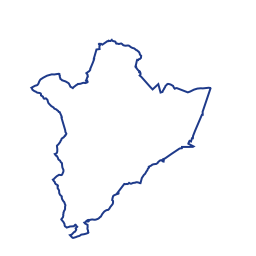 outline of Piatra-Neamt, Neamt, Romania, rotated 343°
{"feature_id": "2599482B9055838557903", "entity_name": "Piatra-Neamt", "entity_type": "district", "adm_level": 2, "iso_a3": "ROU", "parent_name": "Romania", "parent_adm1": "Neamt", "projection": "robinson", "projection_center": [26.355, 46.921], "detail": "fine", "context": "isolated", "style": "outline", "palette": "blue", "viewbox_px": 256, "rotation_deg": 343, "n_neighbors": 0, "source": "geoboundaries", "source_scale": "gbopen_adm2", "svg_char_len": 5642}
<svg xmlns="http://www.w3.org/2000/svg" viewBox="0 0 256 256"><g transform="rotate(343 128 128)"><path d="M91.5,195.7L92.1,194.4L92.3,193.5L92.3,193.1L91.8,192.3L92.0,192.0L92.3,191.2L92.6,190.9L93.0,190.0L93.6,189.3L93.7,189.0L94.0,188.7L95.0,188.3L97.5,188.0L99.6,188.0L99.9,187.6L99.3,187.1L98.9,187.0L108.1,180.4L109.3,181.0L110.3,181.1L110.8,181.4L111.9,181.4L113.0,180.8L114.0,181.9L114.8,182.2L116.7,182.0L119.0,182.4L119.3,182.3L120.6,182.4L122.2,183.3L123.1,184.1L123.5,184.3L123.8,184.4L126.6,179.9L129.5,177.5L131.0,176.8L132.8,175.0L134.0,174.2L135.2,172.7L136.3,172.1L136.5,172.0L136.6,171.1L137.1,171.1L138.0,170.9L138.9,170.8L139.8,170.5L140.3,170.2L141.0,170.2L141.4,170.1L144.7,170.6L146.3,170.0L146.6,169.6L147.5,169.1L149.3,168.4L150.6,168.5L151.4,170.0L152.2,170.5L152.7,169.5L152.3,169.3L152.5,169.2L152.7,168.6L152.5,168.4L152.5,168.1L154.6,167.9L162.0,165.5L171.3,162.7L173.0,162.9L173.5,163.1L173.8,162.9L174.1,161.9L184.1,164.9L184.5,165.0L185.3,164.8L181.1,160.7L181.2,160.4L182.1,159.4L183.0,158.8L182.8,158.6L183.1,158.3L184.3,159.3L186.2,156.5L187.0,156.8L187.9,154.6L191.3,150.3L202.5,137.0L203.3,137.2L204.1,134.3L218.5,114.2L218.4,113.8L216.9,113.1L211.1,112.0L209.3,111.3L205.9,110.6L202.3,110.6L198.1,111.3L195.6,111.4L186.3,104.1L185.6,103.9L184.2,104.1L183.9,103.5L183.7,102.8L183.4,100.9L181.5,98.9L180.0,97.9L179.1,97.5L178.2,97.6L177.4,98.2L176.3,98.6L175.7,99.3L175.1,100.1L174.1,100.7L174.0,101.1L172.8,102.1L171.9,103.0L171.7,103.4L171.5,103.6L169.5,103.6L169.8,94.9L162.8,98.3L161.4,95.5L155.7,83.0L154.5,81.2L155.4,80.6L155.7,80.3L156.0,79.1L155.8,78.3L155.9,77.6L155.8,77.4L155.0,78.1L154.9,78.0L155.2,77.2L155.1,76.7L154.4,75.3L153.6,73.2L153.7,71.8L153.1,71.9L153.0,71.6L153.1,71.4L154.6,69.0L156.1,66.3L156.7,65.5L157.6,66.0L157.9,65.6L158.4,65.4L159.4,65.5L160.9,64.7L161.7,62.8L161.2,62.0L160.9,61.2L160.9,60.3L161.0,59.9L160.8,58.8L160.5,58.4L160.5,58.1L159.8,57.2L159.4,56.4L158.7,56.0L158.4,55.4L158.1,55.1L157.9,54.7L157.1,53.6L155.6,52.7L154.9,52.0L154.2,51.3L153.5,50.2L152.8,49.4L151.8,49.0L149.7,48.6L148.9,48.2L147.9,47.6L147.3,46.9L147.1,46.2L146.2,45.2L145.5,45.1L143.8,45.0L142.4,44.1L141.5,43.9L141.3,43.3L141.2,41.9L140.8,41.4L139.8,40.9L138.9,40.3L138.3,39.5L138.2,39.0L136.7,39.7L135.4,39.2L134.7,39.2L134.7,38.9L134.2,39.0L133.3,39.0L132.3,39.4L127.8,40.8L126.8,39.6L125.7,39.4L125.1,39.0L124.7,39.2L124.7,39.4L125.2,40.9L124.7,41.3L124.4,41.9L123.9,44.2L120.8,43.7L117.5,48.8L115.5,51.8L115.4,52.1L115.7,52.2L115.3,52.9L114.8,53.5L113.5,55.2L109.1,60.5L108.9,61.3L107.4,62.4L106.5,62.6L104.4,63.3L104.6,63.6L104.4,63.9L104.7,64.4L104.8,65.1L104.9,65.3L104.7,65.8L104.8,66.0L104.7,66.3L104.7,66.6L104.6,67.2L104.1,67.3L102.2,69.9L101.8,70.2L102.1,70.6L102.4,70.7L102.3,70.8L102.6,70.9L102.7,71.1L102.9,72.1L102.6,72.4L100.6,72.6L100.4,72.4L99.5,72.2L99.2,71.9L98.0,71.7L95.4,71.8L94.7,71.6L93.8,71.6L93.4,71.3L93.0,71.2L91.9,71.7L91.2,71.8L87.8,73.1L86.9,73.7L86.5,73.2L85.5,72.2L85.0,71.7L84.8,70.0L84.4,68.1L84.2,67.7L81.9,65.2L78.8,63.0L78.7,62.5L77.7,61.3L77.8,60.0L77.7,59.1L78.2,57.7L78.0,57.4L77.8,56.9L77.9,56.6L78.1,56.2L77.7,55.9L76.9,55.9L76.1,55.6L75.4,55.6L74.2,55.4L73.3,55.3L70.7,54.4L65.9,54.3L61.6,55.1L59.3,55.8L58.7,55.9L57.6,56.7L56.5,57.8L55.3,59.4L53.9,60.4L52.8,60.5L51.7,60.4L48.6,61.0L47.4,61.3L47.7,61.9L47.8,63.4L48.7,64.7L49.5,65.6L50.4,66.2L50.7,66.7L51.4,67.5L52.0,67.9L53.8,68.7L54.6,69.5L54.7,70.1L54.3,71.4L55.8,73.1L55.9,74.3L56.1,75.2L56.7,75.6L58.1,75.6L58.6,76.4L59.2,77.6L59.1,79.4L59.2,80.9L59.9,82.4L61.1,84.7L62.8,86.6L63.1,87.7L63.4,88.1L65.0,89.4L65.4,90.3L66.2,91.2L66.4,92.2L66.6,92.5L67.3,92.8L67.9,97.5L67.8,98.4L67.5,98.4L67.4,99.3L67.3,111.6L67.1,112.9L67.0,113.7L67.4,115.3L67.2,115.7L65.9,116.9L65.7,116.7L63.8,118.1L63.2,118.3L62.8,118.3L62.5,118.5L61.6,118.7L61.2,119.1L60.7,119.9L59.8,120.6L59.0,121.6L56.5,123.4L55.1,124.0L54.8,124.3L54.2,127.6L53.5,129.7L53.1,130.4L52.6,131.0L52.1,131.3L51.7,131.4L50.4,131.5L50.9,133.1L51.3,133.7L51.9,134.2L52.3,136.8L52.2,137.5L52.6,138.3L53.5,139.3L53.7,140.7L53.9,141.3L54.4,141.9L54.5,142.5L54.0,144.8L53.7,146.7L54.0,149.2L53.7,150.2L53.4,150.9L51.7,152.9L51.0,153.5L50.3,153.5L49.6,153.2L48.4,152.6L45.7,153.3L43.2,154.5L42.1,155.2L41.1,155.4L41.5,156.9L42.2,158.3L42.1,159.1L42.2,159.7L42.5,160.5L43.9,162.0L44.1,162.5L44.1,162.9L43.8,163.3L43.4,163.6L43.3,164.8L43.1,165.3L43.5,166.0L43.7,167.0L43.8,167.8L43.2,170.1L43.4,171.6L43.6,172.3L44.6,173.9L44.6,174.5L44.3,175.0L44.2,176.7L44.5,178.0L44.9,179.4L45.3,180.0L45.4,180.7L45.4,182.1L45.6,183.5L44.8,184.9L44.1,187.1L43.3,188.1L42.6,188.6L41.9,189.7L41.6,189.9L41.4,190.7L41.0,191.4L40.7,191.8L40.6,192.7L39.7,194.3L38.0,195.5L37.5,195.8L37.5,196.0L38.9,199.4L39.0,200.3L39.1,200.7L39.2,201.1L38.9,202.8L39.0,203.6L39.5,204.1L40.3,205.3L43.0,205.3L43.6,205.2L47.4,206.1L47.9,205.9L48.8,205.3L49.2,205.1L49.5,205.1L49.7,205.3L49.7,205.5L49.7,206.3L49.9,206.7L50.5,207.3L50.6,207.6L48.6,208.6L48.7,209.5L48.8,210.0L48.7,210.2L47.4,211.3L46.9,211.7L45.9,211.8L42.9,213.5L41.2,213.5L42.5,216.2L43.2,217.0L43.7,217.1L46.5,217.1L47.9,216.9L49.7,217.0L50.7,216.8L51.8,216.4L52.2,216.3L54.7,216.7L56.9,216.8L58.8,216.7L59.3,216.6L59.6,216.3L59.5,215.5L59.8,214.3L59.7,212.8L59.9,212.0L60.1,211.5L60.4,211.1L61.0,208.8L58.9,206.6L58.6,205.7L60.0,205.6L60.7,204.9L61.2,204.7L61.5,205.1L62.4,205.8L62.8,205.7L62.2,204.7L62.3,204.4L62.5,204.3L63.1,204.3L64.7,204.8L65.9,204.8L67.3,205.1L68.3,205.6L69.3,206.0L70.4,206.2L72.6,206.1L74.0,205.7L75.0,205.1L76.1,204.8L78.4,202.6L80.8,201.0L82.0,200.6L83.3,200.3L83.8,200.3L85.1,200.5L86.6,199.7L87.8,198.5L90.9,196.4L91.5,195.7Z" fill="none" stroke="#1e3a8a" stroke-width="2"/></g></svg>